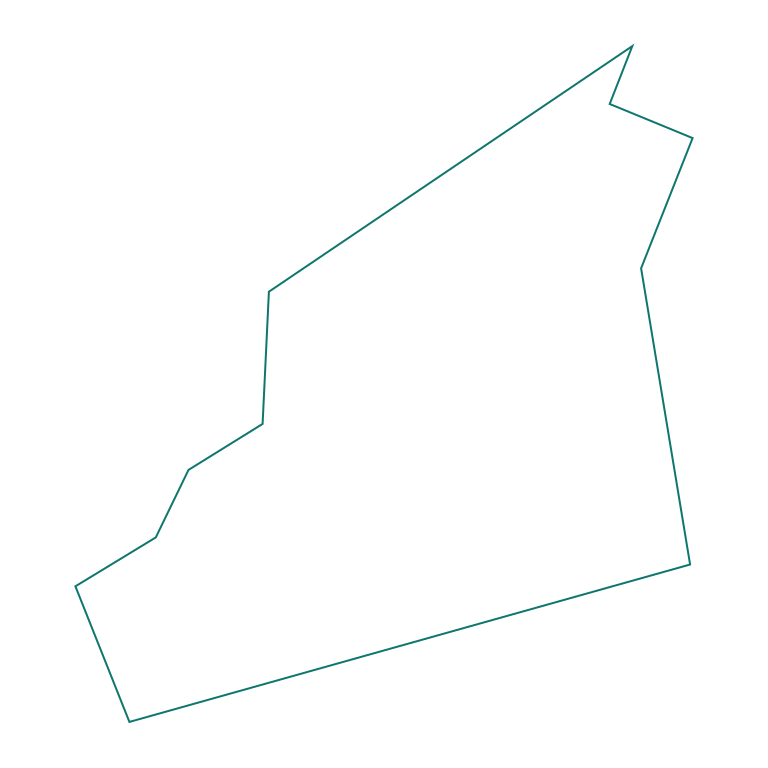 map outline of Mengeš (Natural Earth projection)
{"feature_id": "SVN-968", "entity_name": "Mengeš", "entity_type": "Municipality", "adm_level": 1, "iso_a3": "SVN", "parent_name": "Slovenia", "parent_adm1": "", "projection": "natural_earth1", "projection_center": [14.55, 46.165], "detail": "fine", "context": "isolated", "style": "outline", "palette": "teal", "viewbox_px": 768, "rotation_deg": 0, "n_neighbors": 0, "source": "natural_earth", "source_scale": "10m", "svg_char_len": 268}
<svg xmlns="http://www.w3.org/2000/svg" viewBox="0 0 768 768"><path d="M75.4,586.3L155.8,537.4L188.5,469.9L262.6,423.9L268.9,291.7L632.3,46.1L609.7,104.0L692.6,138.1L641.1,268.3L690.1,564.5L129.4,721.9L75.4,586.3Z" fill="none" stroke="#0f766e" stroke-width="2"/></svg>